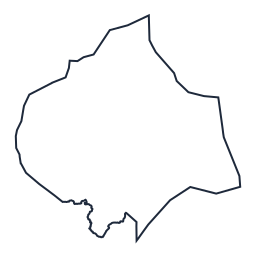 outline of Bayan agt, Bulgan, Mongolia
{"feature_id": "93677404B8492379559431", "entity_name": "Bayan agt", "entity_type": "district", "adm_level": 2, "iso_a3": "MNG", "parent_name": "Mongolia", "parent_adm1": "Bulgan", "projection": "mercator", "projection_center": [101.968, 49.112], "detail": "fine", "context": "isolated", "style": "outline", "palette": "slate", "viewbox_px": 256, "rotation_deg": 0, "n_neighbors": 0, "source": "geoboundaries", "source_scale": "gbopen_adm2", "svg_char_len": 4754}
<svg xmlns="http://www.w3.org/2000/svg" viewBox="0 0 256 256"><path d="M240.2,186.8L239.4,176.0L223.8,137.3L223.2,133.5L222.6,128.6L218.3,97.4L204.0,96.1L188.4,92.2L176.7,81.0L174.1,73.1L155.8,52.2L152.2,45.6L149.5,40.2L148.8,15.4L127.7,25.3L109.8,30.1L93.6,54.5L83.6,57.2L77.5,61.1L69.7,60.7L68.9,68.0L65.6,77.4L52.2,82.7L52.2,82.8L29.3,94.6L24.0,105.8L23.2,110.3L21.4,121.1L17.0,130.1L15.8,136.1L16.2,148.0L19.5,154.5L19.7,156.9L20.7,163.2L20.8,163.2L22.7,166.7L26.0,172.8L28.0,174.5L39.1,183.9L54.2,195.2L62.6,201.9L62.8,201.8L63.2,201.8L63.5,201.8L64.1,201.9L64.5,201.9L64.9,201.8L65.1,201.8L65.4,201.8L65.8,201.9L66.4,202.0L66.8,202.0L67.3,201.8L67.8,201.6L68.0,201.6L68.3,201.7L68.6,201.7L68.9,201.7L69.0,201.6L69.1,201.4L69.2,201.1L69.3,200.9L69.5,200.7L70.0,200.6L70.3,200.6L70.7,200.5L71.0,200.4L71.3,200.3L71.7,200.5L72.0,200.6L72.3,200.8L72.7,200.9L73.1,201.0L73.4,201.2L73.7,201.5L73.9,202.0L73.9,202.5L74.0,203.1L74.2,203.4L74.4,203.8L74.7,204.0L75.0,204.0L75.3,203.9L75.7,203.7L75.9,203.7L76.3,203.7L76.6,203.9L77.0,203.9L77.4,203.9L77.6,203.9L78.0,203.7L78.3,203.7L78.8,203.7L79.1,203.6L79.3,203.7L79.7,203.7L80.4,203.6L80.9,203.4L81.2,203.3L81.2,203.1L81.3,202.6L81.2,202.3L81.4,202.0L81.5,201.6L81.8,201.2L82.2,201.0L82.7,200.9L83.2,200.9L83.8,200.8L84.1,200.7L84.4,200.5L84.8,200.3L85.0,200.0L85.3,199.9L85.5,199.8L85.7,200.0L86.0,200.3L86.1,200.7L86.3,201.1L86.4,201.5L86.6,201.8L86.6,202.4L86.7,203.0L86.4,203.3L86.1,203.3L85.8,203.3L85.2,203.0L84.8,203.0L84.8,203.4L85.0,203.9L85.0,204.1L85.3,204.3L85.9,204.4L86.6,204.2L87.0,204.1L87.5,204.1L88.0,204.1L88.4,204.1L88.6,204.1L88.9,204.2L89.1,204.4L89.4,204.7L89.6,204.9L89.9,205.1L90.1,205.2L90.4,205.3L90.7,205.4L91.0,205.5L91.4,206.0L91.6,206.3L91.6,206.6L91.5,207.0L91.4,207.2L91.3,207.4L91.3,207.6L91.3,207.8L91.4,208.0L91.5,208.1L91.7,208.3L92.0,208.4L92.2,208.6L92.4,208.8L92.4,209.0L92.4,209.3L92.2,209.6L92.1,209.8L92.0,210.1L92.0,210.5L91.9,210.8L91.8,211.1L91.6,211.3L91.3,211.4L91.0,211.5L90.7,211.6L90.2,211.6L89.9,211.8L89.8,212.1L89.7,212.8L89.5,213.3L89.3,213.8L88.9,214.1L88.6,214.3L88.4,214.5L88.2,214.9L88.2,215.2L88.2,215.6L88.2,215.8L88.1,216.0L87.9,216.3L87.7,216.5L87.6,216.8L87.6,217.0L87.6,217.3L87.7,217.5L87.9,217.7L88.0,218.0L88.1,218.4L88.2,218.8L88.3,219.0L88.4,219.3L88.6,219.4L89.0,219.4L89.3,219.4L89.5,219.4L89.6,219.5L89.8,220.0L89.7,220.3L89.7,220.5L89.8,220.7L89.9,220.9L90.1,221.1L90.4,221.3L90.6,221.4L90.6,221.5L90.3,221.9L90.2,222.1L90.1,222.3L90.2,222.5L90.3,222.6L90.7,222.7L90.9,222.7L91.1,222.7L91.2,222.8L91.3,222.9L91.4,223.0L91.4,223.3L91.2,223.5L91.1,223.8L91.1,224.0L91.0,224.3L90.8,224.7L90.7,224.9L90.6,225.1L90.7,225.4L90.8,225.7L90.7,225.9L90.7,226.2L90.5,226.4L90.3,226.5L90.2,226.7L90.2,227.0L90.2,227.5L90.3,227.7L90.3,227.9L90.3,228.0L90.1,228.2L89.9,228.3L89.7,228.4L89.4,228.5L89.5,228.7L89.9,228.8L90.0,228.9L90.1,229.0L90.2,229.3L90.3,229.5L90.5,229.8L90.7,230.0L91.0,230.1L91.2,230.3L91.3,230.6L91.4,230.9L91.6,231.2L91.8,231.4L91.9,231.5L92.3,231.5L92.5,231.5L92.8,231.8L92.9,232.2L93.1,232.7L93.3,233.0L93.5,233.1L94.2,233.2L94.4,233.2L94.8,233.3L95.2,233.5L95.6,233.8L96.1,234.2L96.4,234.5L96.6,234.8L96.8,235.2L97.0,235.6L97.2,235.8L97.5,236.0L97.9,236.1L98.2,236.3L98.5,236.5L98.8,236.7L99.2,236.8L99.6,236.7L100.0,236.7L100.2,236.8L100.5,236.9L100.8,237.1L101.0,237.2L101.3,237.2L101.6,237.2L101.8,237.2L102.0,237.0L102.3,236.7L102.5,236.6L102.8,236.5L103.0,236.7L103.4,236.2L103.6,235.9L103.7,235.5L103.8,235.3L104.0,235.0L104.2,234.7L104.5,234.2L104.8,233.8L104.9,233.4L105.1,233.1L105.3,232.9L105.5,232.6L105.7,232.2L106.0,231.5L106.2,231.0L106.5,230.8L106.8,230.5L107.0,230.2L107.3,229.8L107.7,229.5L108.0,229.2L108.3,229.0L108.7,228.6L109.0,228.2L109.1,227.9L109.1,227.6L109.0,227.3L108.6,226.9L108.3,226.7L108.2,226.5L108.2,226.2L108.3,226.0L108.5,225.7L108.7,225.4L109.0,225.0L109.3,224.7L109.7,224.5L110.0,224.3L110.6,224.0L111.0,223.8L111.4,223.4L111.9,223.0L112.5,222.8L113.0,222.7L113.4,222.6L113.8,222.6L114.3,222.6L114.8,222.5L115.2,222.5L115.6,222.6L116.0,222.7L116.5,222.7L116.9,222.7L117.3,222.5L117.6,222.5L117.8,222.5L118.1,222.7L118.4,222.9L119.3,222.9L119.7,222.7L120.0,222.5L120.1,222.2L120.2,221.9L120.2,221.6L120.4,221.4L120.6,221.3L120.9,221.3L121.2,221.3L121.6,221.4L121.8,221.5L122.4,221.6L122.8,221.5L123.0,221.5L123.1,221.4L123.2,221.2L123.2,220.9L123.2,220.6L123.3,220.3L123.4,219.7L123.5,219.2L123.7,218.7L124.0,218.4L124.3,218.2L124.7,217.7L124.8,217.4L124.9,217.2L124.9,216.9L125.0,216.5L125.1,216.2L125.1,215.9L125.1,214.7L125.0,214.3L125.0,213.9L125.2,213.6L125.5,213.2L125.9,212.8L126.2,212.9L128.3,214.7L136.5,222.0L136.4,226.2L136.6,240.6L138.5,238.1L143.5,231.1L148.3,224.5L170.1,200.2L190.3,187.0L216.2,193.6L240.2,186.8Z" fill="none" stroke="#1e293b" stroke-width="2"/></svg>